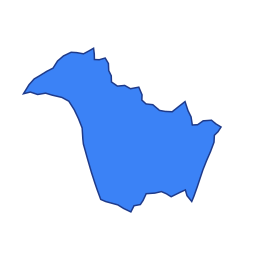 outline of Lauro de Freitas, Bahia, Brazil, rotated 342°
{"feature_id": "56859067B96940053875939", "entity_name": "Lauro de Freitas", "entity_type": "district", "adm_level": 2, "iso_a3": "BRA", "parent_name": "Brazil", "parent_adm1": "Bahia", "projection": "albers", "projection_center": [-38.327, -12.86], "detail": "fine", "context": "isolated", "style": "filled", "palette": "blue", "viewbox_px": 256, "rotation_deg": 342, "n_neighbors": 0, "source": "geoboundaries", "source_scale": "gbopen_adm2", "svg_char_len": 1140}
<svg xmlns="http://www.w3.org/2000/svg" viewBox="0 0 256 256"><g transform="rotate(342 128 128)"><path d="M119.9,41.5L114.8,42.6L108.6,43.7L102.4,40.4L97.3,38.4L88.9,39.5L81.7,42.5L75.2,47.9L68.2,49.0L59.6,51.1L54.0,52.3L47.3,56.2L39.2,63.1L46.2,63.6L52.4,68.2L60.4,69.4L66.0,73.3L74.6,78.5L80.0,84.2L82.5,93.9L83.8,103.8L84.4,113.8L81.7,124.3L80.6,129.5L80.3,136.9L80.0,143.9L79.5,159.1L79.5,170.2L79.6,177.0L80.0,187.5L84.1,191.1L88.7,194.1L94.6,198.0L99.0,203.2L104.8,208.7L109.7,203.8L116.1,204.6L119.9,201.6L125.0,196.1L133.4,198.2L140.1,198.8L144.2,202.4L147.8,206.7L158.1,205.2L163.4,204.6L163.2,210.6L165.9,217.6L169.4,213.5L175.8,205.2L181.3,197.7L186.4,190.8L192.8,183.1L199.2,175.9L205.4,168.1L207.9,161.6L212.5,159.3L216.8,155.8L212.9,151.3L209.8,146.4L201.7,144.4L195.2,146.4L190.1,145.0L191.4,136.9L190.4,130.0L190.4,120.5L182.5,123.4L175.0,126.2L168.4,123.7L163.4,121.0L158.8,113.5L152.6,110.7L149.8,105.7L151.6,100.8L150.9,92.5L142.5,91.4L138.0,86.5L130.9,84.9L126.5,79.1L128.2,73.2L127.4,67.5L129.3,60.6L127.9,54.4L121.8,54.2L117.2,52.5L118.8,47.2L119.9,41.5Z" fill="#3b82f6" stroke="#1e3a8a" stroke-width="1.5"/></g></svg>